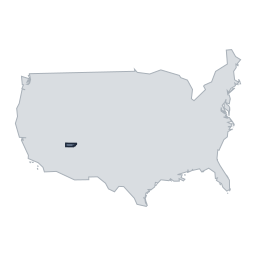 location of Kane, Utah, United States of America
{"feature_id": "52423323B18602479279473", "entity_name": "Kane", "entity_type": "district", "adm_level": 2, "iso_a3": "USA", "parent_name": "United States of America", "parent_adm1": "Utah", "projection": "orthographic", "projection_center": [-111.142, 37.272], "detail": "fine", "context": "in_parent", "style": "filled", "palette": "slate", "viewbox_px": 256, "rotation_deg": 0, "n_neighbors": 0, "source": "geoboundaries", "source_scale": "gbopen_adm2", "svg_char_len": 4291}
<svg xmlns="http://www.w3.org/2000/svg" viewBox="0 0 256 256"><path d="M215.6,71.4L227.4,64.0L226.3,50.1L231.6,49.6L235.6,56.6L240.6,59.7L237.1,63.9L237.5,65.4L235.9,64.2L236.2,67.6L233.6,71.4L234.6,79.8L238.1,81.8L239.3,80.7L238.3,79.5L239.1,79.9L239.9,81.4L236.3,84.5L234.8,83.2L235.4,85.7L230.8,88.5L228.3,93.1L228.0,91.3L227.2,90.4L227.8,94.8L229.2,95.0L230.2,98.5L229.3,103.9L225.6,102.5L226.1,99.1L225.0,101.8L226.9,104.4L228.7,105.7L229.7,107.5L229.0,115.9L228.4,111.1L224.2,108.0L224.2,102.9L222.2,105.3L225.5,111.5L222.2,110.5L221.4,111.1L221.5,108.7L221.2,108.1L220.9,110.1L221.4,111.5L226.2,112.4L225.8,113.9L223.2,112.4L222.4,112.2L225.6,114.1L226.7,114.2L226.7,116.1L225.1,115.3L227.8,117.0L227.5,117.6L226.2,116.7L223.5,117.1L227.4,118.2L229.2,117.4L233.2,122.6L229.9,118.7L231.5,121.5L227.7,122.3L231.3,124.2L232.3,122.8L231.6,126.2L227.9,126.7L230.5,127.2L229.1,129.4L231.6,129.5L227.9,131.7L227.3,136.9L223.9,139.6L219.0,150.3L217.8,149.8L217.0,158.2L217.2,160.1L219.9,165.3L229.4,180.1L229.6,189.5L226.8,191.1L222.9,187.3L221.5,183.6L216.4,180.4L217.4,177.9L215.4,178.6L214.9,172.5L208.7,168.2L201.6,171.8L199.6,168.8L192.1,170.5L192.8,169.0L191.8,170.6L188.5,172.1L187.9,169.5L187.7,171.5L177.5,174.6L182.2,174.8L181.1,177.6L184.9,179.2L183.4,180.9L179.1,178.6L179.3,181.1L173.9,181.2L170.5,178.7L169.0,180.7L160.9,179.8L156.9,184.0L157.9,182.9L155.4,182.4L154.7,186.9L150.3,190.4L151.3,189.4L148.1,189.5L149.4,190.8L145.9,193.1L145.0,198.1L143.2,197.6L144.8,198.6L145.5,202.9L147.3,205.3L146.3,206.4L137.0,204.3L134.3,198.2L123.7,186.6L118.8,186.4L114.5,191.8L108.5,188.9L105.5,183.2L97.5,176.8L88.7,177.0L88.8,179.7L74.5,179.9L56.3,171.4L44.4,171.9L43.0,167.3L38.2,162.7L28.2,158.5L28.4,155.3L21.4,140.2L21.8,138.8L23.3,140.8L22.6,137.6L26.2,137.8L19.4,137.3L15.4,123.4L17.5,116.5L16.7,108.4L19.2,103.5L22.2,89.0L25.2,89.8L21.9,88.6L23.5,84.8L22.3,84.7L21.5,76.3L28.7,78.6L26.6,82.8L29.4,80.0L28.7,83.6L26.8,84.2L28.1,84.6L29.6,83.2L30.6,79.6L29.4,73.7L134.9,71.3L134.5,69.2L137.3,72.4L149.7,74.0L160.8,69.9L179.3,75.4L180.8,77.7L187.4,80.1L192.5,89.5L191.4,98.7L194.0,100.7L205.5,89.6L203.6,86.1L204.5,85.1L211.6,81.9L215.6,71.4ZM232.9,89.4L234.9,88.0L228.4,93.8L233.4,88.1L232.9,89.4ZM29.5,77.3L30.1,79.7L30.0,80.1L28.9,78.2L29.5,77.3ZM147.1,204.6L145.5,200.9L145.4,198.8L145.8,201.0L147.1,204.6ZM237.7,64.0L238.2,65.0L237.8,65.0L237.7,64.0ZM170.7,179.8L171.1,180.7L170.1,180.1L170.7,179.8ZM31.9,162.5L33.1,162.1L33.2,162.3L31.9,162.5ZM30.7,162.0L30.2,162.6L29.8,162.0L30.7,162.0ZM238.2,83.7L238.0,84.7L237.8,84.6L238.2,83.7ZM145.8,196.7L145.3,198.5L146.6,194.9L145.8,196.7ZM226.5,175.1L228.4,178.0L226.3,174.9L226.5,175.1ZM37.8,165.9L38.2,166.9L37.7,166.0L37.8,165.9ZM230.1,189.8L229.5,191.2L230.5,188.5L230.1,189.8ZM234.2,124.5L233.8,126.1L233.4,122.8L234.2,124.5ZM28.7,75.3L28.6,76.0L28.3,75.6L28.7,75.3ZM149.5,191.5L147.9,192.5L149.5,191.2L149.5,191.5ZM240.3,83.0L240.6,83.8L240.0,83.9L240.3,83.0ZM37.6,168.5L37.9,169.7L37.4,168.6L37.6,168.5ZM147.5,193.2L146.9,193.8L147.4,193.0L147.5,193.2ZM229.8,109.0L229.6,111.1L229.7,108.3L229.8,109.0ZM156.5,184.9L155.5,185.8L156.9,184.3L156.5,184.9ZM217.4,159.0L217.5,160.4L217.2,159.5L217.4,159.0ZM232.0,129.6L231.8,130.0L232.3,128.6L232.0,129.6ZM204.2,170.7L203.2,171.8L202.6,171.8L204.2,170.7ZM188.0,172.0L187.8,172.3L187.0,172.5L188.0,172.0ZM220.2,184.1L220.6,185.1L219.9,184.0L220.2,184.1ZM185.1,174.8L185.0,175.7L184.7,174.2L185.1,174.8ZM227.9,193.1L227.2,193.5L228.1,192.9L227.9,193.1ZM230.2,99.2L230.2,100.2L230.2,98.8L230.2,99.2ZM233.2,126.7L232.9,127.2L233.2,126.7Z" fill="#d9dde1" stroke="#a8b0b8" stroke-width="1"/><path d="M67.5,146.5L68.3,146.6L72.8,146.6L73.1,146.6L73.3,146.5L73.3,146.4L73.3,146.2L73.4,146.3L73.5,146.3L73.6,146.5L73.6,146.4L73.6,146.2L73.7,146.3L73.8,146.1L74.0,146.0L74.3,146.0L74.5,146.0L74.6,145.9L74.8,145.9L74.9,145.7L75.0,145.7L75.2,145.4L75.3,145.3L75.3,145.2L75.2,145.1L75.3,145.1L75.3,144.9L75.5,144.8L75.5,144.7L75.4,144.7L75.5,144.6L75.8,144.6L76.0,144.5L76.0,144.4L75.9,144.4L75.9,144.2L76.0,144.2L75.9,144.0L75.9,143.9L76.0,143.9L76.3,143.8L76.4,143.7L76.3,143.4L74.7,143.4L70.9,143.4L69.3,143.4L68.4,143.4L66.8,143.3L65.8,143.3L65.8,143.6L65.8,144.8L65.8,146.5L66.1,146.5L67.1,146.5L67.4,146.5L67.5,146.5L67.5,146.5Z" fill="#64748b" stroke="#1e293b" stroke-width="1.5"/></svg>